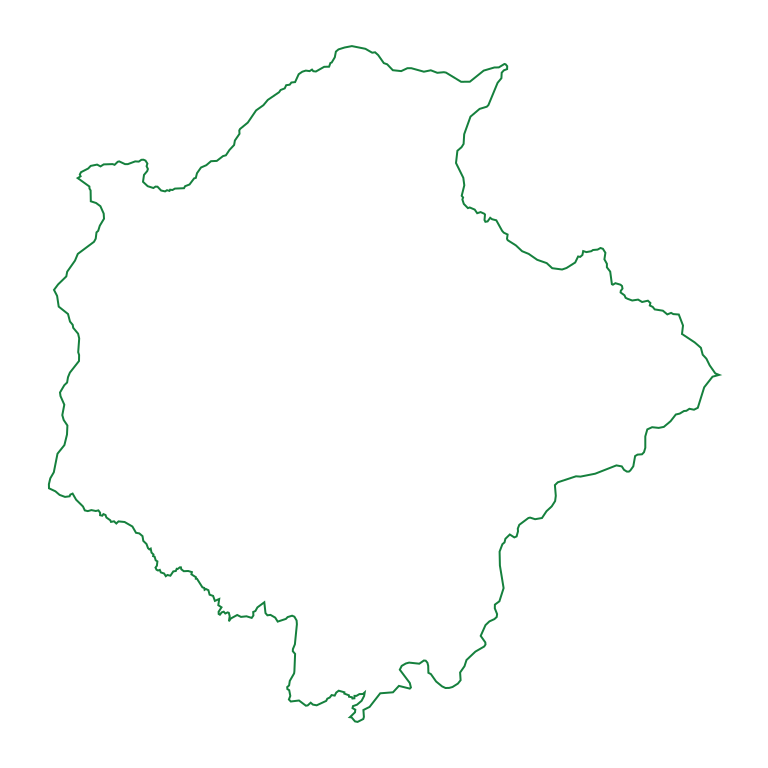 Ortega, Tolima, Colombia (orthographic projection)
{"feature_id": "7082276B4553188795212", "entity_name": "Ortega", "entity_type": "district", "adm_level": 2, "iso_a3": "COL", "parent_name": "Colombia", "parent_adm1": "Tolima", "projection": "orthographic", "projection_center": [-75.305, 3.933], "detail": "fine", "context": "isolated", "style": "outline", "palette": "green", "viewbox_px": 768, "rotation_deg": 0, "n_neighbors": 0, "source": "geoboundaries", "source_scale": "gbopen_adm2", "svg_char_len": 6011}
<svg xmlns="http://www.w3.org/2000/svg" viewBox="0 0 768 768"><path d="M112.6,164.1L103.7,164.4L100.5,166.4L97.1,164.6L90.7,165.9L88.2,168.5L81.0,172.2L79.8,174.5L80.6,176.3L77.7,178.1L89.4,186.5L89.5,188.6L90.6,190.4L90.8,201.3L96.1,203.0L100.4,206.2L103.7,213.6L104.0,218.7L99.8,225.7L98.2,230.8L96.5,232.4L95.7,238.7L94.0,241.8L77.8,253.9L75.0,260.6L67.2,271.7L66.3,276.4L58.1,284.4L54.0,289.9L57.1,295.9L58.7,306.6L68.0,314.0L70.0,321.6L72.7,324.8L73.2,327.8L78.1,333.7L79.2,338.5L78.2,352.2L79.1,355.0L79.0,361.0L69.9,372.6L68.0,377.2L67.1,382.5L64.3,385.2L60.0,392.5L60.5,396.1L64.3,404.7L62.3,415.1L63.7,420.0L67.4,425.5L67.0,434.5L64.4,445.1L57.5,453.7L53.8,472.3L50.3,478.3L48.9,484.2L49.0,488.3L55.4,491.3L59.6,494.9L65.0,496.9L69.6,496.3L70.3,494.6L72.6,493.6L76.1,499.7L83.0,506.5L84.8,510.4L87.8,511.1L91.4,510.1L95.8,511.0L98.4,510.4L100.1,512.7L100.1,515.2L102.3,515.7L103.4,514.1L105.5,515.0L106.4,517.5L110.3,520.3L111.0,521.9L114.0,521.3L116.3,523.5L118.5,521.4L124.6,522.0L132.4,526.5L136.0,532.8L139.3,533.4L142.5,536.1L143.3,540.9L146.5,544.0L148.0,548.1L149.4,549.4L150.7,548.6L151.5,552.6L153.5,554.5L153.1,556.1L154.6,556.7L155.7,560.3L157.4,561.4L156.9,565.7L155.5,567.6L156.5,569.7L158.0,570.5L159.8,569.9L160.8,572.4L164.1,573.5L165.8,576.2L167.4,575.0L170.4,575.7L173.3,571.4L175.8,571.0L176.7,568.8L177.6,569.0L179.9,567.3L180.9,567.3L181.3,569.3L183.8,571.2L188.2,571.0L191.9,572.1L191.4,574.3L195.9,577.2L195.8,578.7L197.0,578.8L202.4,587.3L204.2,587.9L204.6,589.8L205.9,589.0L208.4,590.2L209.6,594.7L213.1,595.9L214.9,600.9L219.2,599.0L218.3,605.2L221.5,607.3L218.6,611.8L218.7,614.0L219.9,614.7L221.7,612.4L223.7,611.7L225.3,613.5L227.6,612.4L228.8,612.8L229.7,616.2L228.9,621.3L230.8,618.5L237.2,615.0L241.0,616.9L246.5,616.3L251.7,617.9L253.4,615.5L253.2,612.0L255.4,611.0L257.4,607.4L264.3,602.3L265.5,613.1L267.4,615.3L270.5,614.9L275.2,617.6L277.7,621.6L285.9,618.9L287.6,617.1L292.1,615.7L294.4,616.7L296.6,620.5L296.9,624.2L294.9,644.3L292.9,649.1L292.8,651.2L295.1,653.9L294.4,671.2L294.1,673.4L289.8,680.9L289.1,685.4L287.2,687.1L287.4,689.1L289.2,690.2L290.3,695.9L288.9,699.5L290.8,701.5L299.0,700.5L305.9,705.7L307.7,705.4L310.7,702.7L312.9,704.6L316.7,705.3L326.2,700.9L327.3,698.7L329.8,697.5L331.6,695.1L334.7,695.6L336.2,692.6L338.7,690.7L344.4,692.3L344.3,693.6L348.9,695.3L349.0,696.7L351.9,697.2L352.4,698.5L354.4,698.3L354.5,695.9L356.4,695.9L359.4,694.1L362.9,694.0L364.7,692.4L364.1,696.0L361.6,700.8L357.0,704.7L353.0,706.1L352.5,708.1L355.3,709.7L355.0,712.3L349.9,717.2L351.6,717.4L355.0,721.4L357.6,721.9L363.3,719.0L363.9,716.9L363.4,710.0L369.6,706.9L380.2,693.3L393.0,692.3L398.9,685.9L409.8,688.6L410.9,687.5L409.8,683.0L399.8,669.7L401.7,665.9L405.8,663.5L409.1,662.6L419.3,663.7L423.9,660.5L425.7,660.7L427.4,662.7L428.2,665.8L428.4,672.8L430.9,674.1L436.1,681.5L442.1,686.4L445.5,688.0L449.2,687.9L452.5,687.0L457.9,683.6L460.6,680.2L460.1,672.5L464.5,666.2L466.5,660.0L475.4,651.6L484.2,646.5L485.5,644.5L485.3,642.4L480.7,635.9L485.5,625.1L489.4,621.4L494.4,619.1L496.7,617.0L497.1,614.1L494.8,608.3L494.9,604.6L499.4,601.3L503.6,588.1L499.9,565.5L499.6,551.6L502.4,544.2L504.5,542.4L505.4,538.8L509.8,534.5L514.3,537.4L516.6,536.4L518.0,531.3L517.8,528.6L519.3,524.8L528.4,518.0L530.1,517.6L535.1,519.2L542.0,518.0L546.5,511.2L551.7,506.4L555.1,501.1L555.8,495.8L554.9,485.1L557.8,482.3L576.0,476.3L580.5,476.6L595.2,473.7L616.4,465.4L621.8,466.4L624.0,469.8L626.9,471.6L628.9,471.6L630.3,470.5L633.3,466.3L635.1,456.1L637.5,454.6L642.0,454.3L644.0,452.2L645.3,447.8L645.3,436.4L647.3,429.4L652.1,427.2L658.7,427.9L663.8,426.9L670.6,421.2L675.8,414.5L679.7,413.6L684.0,411.0L686.4,410.8L689.4,408.8L694.0,409.7L697.8,407.8L704.2,387.3L712.5,376.7L719.1,374.9L715.3,373.4L709.7,365.4L706.4,358.7L702.7,354.7L700.9,347.8L694.7,342.4L682.0,334.0L683.0,325.5L678.8,314.5L673.3,314.1L671.1,312.9L667.3,314.4L662.9,310.7L654.7,309.4L652.7,306.9L649.8,305.5L650.4,303.0L647.9,300.7L642.1,302.0L638.1,299.6L632.2,300.5L627.6,298.8L625.6,297.8L624.5,295.3L620.6,292.5L620.8,290.8L622.5,288.6L622.0,286.0L620.5,284.7L615.4,283.2L612.9,284.7L611.9,284.2L610.2,271.6L606.9,267.3L606.9,263.8L604.4,259.3L605.4,252.8L602.9,248.8L600.5,248.0L597.6,249.6L593.0,250.0L591.3,251.2L586.4,252.1L583.2,251.1L582.4,255.0L580.2,256.9L578.1,256.5L575.2,262.5L566.5,268.0L562.1,269.5L552.2,268.2L546.7,263.1L537.2,259.8L528.7,253.9L522.1,251.2L515.9,245.4L507.7,240.2L507.0,238.8L507.6,234.5L503.8,232.7L502.1,230.8L496.3,220.3L492.0,219.2L490.2,217.8L487.6,221.4L485.4,221.8L484.5,220.0L485.0,214.6L484.4,213.8L480.6,212.1L477.2,213.2L474.7,209.6L469.8,207.5L467.9,208.1L463.8,203.9L462.4,199.5L463.1,197.5L461.7,195.8L464.3,185.3L463.3,177.8L456.0,163.0L457.4,150.8L461.6,147.1L463.6,143.9L464.2,134.2L470.5,116.6L479.6,108.9L486.8,106.7L488.4,105.1L497.6,82.8L501.4,78.2L501.7,72.7L503.9,70.3L507.1,69.1L507.2,66.2L505.6,64.3L504.4,64.0L498.8,67.4L494.3,67.5L483.7,70.6L469.9,81.7L461.1,81.8L446.0,72.6L443.9,72.2L437.3,72.8L430.8,70.3L423.9,71.7L411.3,68.2L407.4,68.2L401.2,71.1L392.8,70.2L387.2,64.3L383.8,63.1L378.2,55.1L375.1,52.3L372.2,52.7L365.4,48.8L351.9,46.1L344.6,47.5L338.5,49.4L335.9,51.6L334.8,57.3L331.7,62.5L330.4,63.0L329.1,66.7L324.2,66.8L315.9,71.5L313.3,71.2L312.0,69.6L309.6,71.1L305.8,70.6L302.3,71.7L298.7,74.2L295.1,82.1L291.4,82.5L289.7,84.7L286.2,85.2L284.7,88.4L280.6,90.0L279.1,92.2L267.8,99.9L263.4,105.2L256.1,110.4L247.8,122.6L240.1,128.9L239.3,130.4L239.5,133.8L234.9,140.5L234.1,145.0L229.5,149.9L225.9,155.3L223.0,156.1L216.8,160.9L211.0,161.2L206.3,165.2L201.0,167.5L197.0,173.2L195.8,177.9L194.1,178.4L189.5,184.5L185.1,186.2L184.0,188.2L174.9,188.6L172.5,190.0L170.1,189.7L169.5,190.9L167.0,190.2L165.1,191.4L161.1,190.5L157.5,186.7L155.5,186.6L153.4,188.0L147.7,186.2L143.0,181.8L144.0,174.9L147.2,171.1L147.9,169.0L146.6,166.2L147.4,163.6L145.5,160.6L143.5,159.7L141.4,159.8L138.8,161.6L135.2,161.4L127.9,164.1L125.0,164.1L119.2,161.4L117.7,161.8L114.6,164.8L112.6,164.1Z" fill="none" stroke="#15803d" stroke-width="2"/></svg>